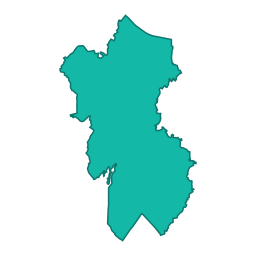 outline of Son Tay, Ha Noi, Vietnam
{"feature_id": "81297802B79469395018575", "entity_name": "Son Tay", "entity_type": "district", "adm_level": 2, "iso_a3": "VNM", "parent_name": "Vietnam", "parent_adm1": "Ha Noi", "projection": "equal_earth", "projection_center": [105.481, 21.097], "detail": "fine", "context": "isolated", "style": "filled", "palette": "teal", "viewbox_px": 256, "rotation_deg": 0, "n_neighbors": 0, "source": "geoboundaries", "source_scale": "gbopen_adm2", "svg_char_len": 5830}
<svg xmlns="http://www.w3.org/2000/svg" viewBox="0 0 256 256"><path d="M122.6,240.6L130.1,229.7L132.5,226.9L140.0,216.1L140.6,215.0L141.8,213.6L143.3,214.9L154.5,227.0L160.3,234.2L160.6,235.3L164.4,234.0L164.7,233.6L164.8,232.9L164.6,231.4L164.6,231.0L164.8,230.6L166.3,231.2L166.7,231.1L167.2,230.2L167.5,228.4L168.3,228.1L168.4,226.4L168.6,225.8L170.9,223.1L173.0,222.4L173.1,221.6L173.0,218.4L176.9,217.9L177.4,217.1L177.3,216.1L179.9,213.1L182.0,211.7L182.4,211.2L182.9,210.1L183.2,208.3L183.7,207.3L184.1,207.0L185.3,207.3L186.4,205.9L186.6,205.2L186.5,204.5L185.5,204.1L185.4,203.2L185.5,202.5L186.6,201.9L186.6,201.6L186.4,200.4L186.5,200.0L187.9,199.6L187.4,198.3L189.1,197.5L189.3,194.0L192.8,191.8L192.9,191.3L192.2,190.7L192.2,190.0L192.5,189.6L193.8,189.4L193.5,188.9L191.9,189.0L191.7,188.9L192.1,186.5L191.7,184.5L192.0,182.1L191.9,181.3L191.7,180.8L190.5,181.3L188.8,179.9L187.8,178.9L188.2,178.1L186.6,176.8L186.6,175.9L188.0,174.1L187.6,173.0L188.6,169.4L189.5,167.6L190.1,167.1L193.6,165.2L193.2,164.2L193.3,163.6L193.6,163.3L194.2,163.2L195.4,163.6L196.0,163.6L195.9,162.2L194.4,162.1L194.3,161.4L193.2,161.6L193.0,160.7L189.3,160.6L189.0,159.6L189.7,159.6L190.3,159.1L190.0,157.8L189.7,155.7L189.8,152.3L189.7,151.7L188.2,151.7L187.5,150.3L186.5,149.5L183.3,147.9L181.2,147.7L180.3,146.8L180.1,146.4L180.1,145.5L180.5,143.1L179.8,141.2L180.0,140.6L181.3,140.6L181.7,140.3L181.7,139.5L181.4,138.9L180.3,139.4L180.0,139.1L178.6,139.0L178.4,138.9L178.2,137.9L177.9,137.5L176.7,138.0L175.6,137.5L174.7,137.8L173.7,137.7L173.2,137.4L173.1,137.0L173.5,135.2L172.7,134.7L172.7,135.2L171.8,134.9L171.5,135.3L171.3,135.9L171.6,136.9L170.6,137.6L170.1,137.6L168.1,136.2L167.4,135.1L166.9,133.6L165.5,132.1L165.5,131.5L166.8,131.2L166.8,130.4L165.3,129.6L163.9,128.0L162.6,127.0L162.1,127.2L162.3,128.9L162.2,129.2L159.3,130.4L158.6,130.7L157.2,130.4L156.2,130.6L156.0,129.4L155.7,129.1L155.5,128.3L156.4,127.9L156.4,126.9L156.2,126.2L155.3,126.1L155.0,125.2L155.6,124.9L156.8,124.9L157.7,123.7L158.1,123.6L158.4,123.8L160.0,121.3L160.4,120.0L160.4,119.3L160.8,118.4L160.8,117.8L160.3,116.6L160.7,113.5L157.2,113.4L156.3,111.6L156.7,110.9L157.4,110.5L157.3,109.4L157.2,109.1L156.5,108.9L156.4,108.7L156.3,108.3L156.5,107.1L155.8,106.4L155.1,104.7L155.6,103.6L156.5,102.8L156.4,102.2L157.3,102.3L157.4,101.0L156.6,99.4L156.8,98.9L157.5,99.2L157.4,98.4L157.8,97.1L159.9,93.7L159.9,91.0L159.2,89.6L160.1,88.1L160.5,87.9L161.9,88.5L162.0,88.8L162.4,88.8L162.7,87.9L164.9,85.6L165.6,86.7L166.1,87.2L166.5,87.3L167.3,87.0L167.4,86.3L168.4,84.7L168.7,81.9L169.5,81.2L168.9,79.6L169.5,78.7L171.6,81.4L172.3,80.8L171.9,80.0L172.9,78.7L173.8,79.8L174.3,79.1L175.2,80.8L176.3,79.5L176.2,78.0L176.6,76.8L178.9,74.2L180.0,73.8L180.1,73.1L181.4,72.9L180.3,70.5L179.3,70.4L178.8,70.1L178.3,69.4L177.1,65.4L175.9,65.3L174.9,64.6L173.4,64.6L173.4,64.0L173.0,63.9L172.9,63.3L172.3,63.4L171.7,60.2L171.4,56.8L172.0,52.7L171.6,52.4L172.9,48.0L172.7,46.4L171.5,46.0L171.4,39.5L152.5,35.8L148.0,34.0L145.6,32.7L136.2,26.0L134.5,24.5L128.4,17.9L125.5,15.4L120.7,21.4L120.2,21.4L120.0,20.4L119.7,20.2L119.3,20.2L118.7,20.6L118.1,23.4L118.0,25.6L118.6,26.0L118.3,28.7L116.6,30.5L117.9,32.2L115.6,33.7L114.8,33.8L113.6,35.5L115.0,37.1L115.2,37.6L114.8,39.1L114.0,40.8L111.0,39.2L108.8,42.3L108.6,43.6L108.3,44.0L107.3,44.6L108.2,46.3L108.4,47.7L107.5,49.0L107.6,53.4L107.2,54.4L106.7,55.0L106.1,55.2L105.4,55.2L105.1,54.8L104.9,54.2L102.7,52.7L101.4,52.2L100.4,52.2L100.1,53.4L103.3,55.8L102.6,56.9L101.2,58.2L100.8,58.4L97.8,57.0L97.8,56.2L98.4,53.9L98.3,53.3L95.9,53.6L94.9,53.4L94.4,51.2L93.9,50.5L89.9,51.4L87.8,51.4L86.9,50.6L84.1,46.7L83.4,46.0L82.6,45.7L78.6,46.0L77.6,46.6L75.6,48.9L73.0,52.7L72.2,53.4L71.6,53.4L70.6,54.1L67.1,57.9L66.7,57.9L65.6,57.2L65.1,57.1L63.6,58.1L65.2,60.1L64.1,61.9L63.8,63.2L63.0,64.6L61.9,65.4L61.2,66.5L61.8,68.1L60.0,68.9L60.1,70.4L60.7,71.8L64.4,72.5L64.5,75.0L65.2,75.6L66.7,75.8L67.0,77.3L67.7,77.4L68.5,77.8L68.8,80.4L70.3,82.6L70.6,83.4L70.5,87.9L71.7,89.6L71.9,90.4L72.9,90.7L77.3,94.5L77.3,95.7L76.7,97.4L77.1,102.1L76.9,104.5L77.0,113.2L70.4,114.9L70.7,116.3L71.5,116.4L71.7,115.6L73.3,115.5L72.8,117.3L73.1,117.6L73.5,117.6L74.4,117.0L75.0,116.9L75.7,117.0L78.4,119.0L80.0,120.8L81.6,121.6L83.1,121.3L84.4,120.6L84.8,120.0L88.8,116.3L90.0,115.7L90.4,116.2L90.1,117.4L89.5,119.0L89.8,120.1L90.7,120.6L90.9,122.8L91.6,125.7L89.9,127.3L93.3,129.6L93.8,130.4L93.6,131.3L92.2,133.9L90.6,135.8L90.1,137.0L89.7,138.8L87.4,142.3L87.8,143.5L88.0,145.3L87.4,147.7L88.3,148.2L87.4,151.7L86.2,152.8L86.3,153.5L89.1,156.5L89.4,159.0L90.2,161.3L89.6,163.3L88.6,163.5L88.7,165.3L87.6,168.3L87.6,169.0L88.8,172.7L91.3,176.0L93.2,177.9L93.6,179.4L94.2,179.4L95.3,179.0L97.3,177.1L98.2,177.5L98.8,177.4L99.0,177.0L99.1,175.9L100.2,174.9L100.7,173.9L101.8,173.6L102.9,172.8L103.2,171.6L104.0,170.7L104.3,170.9L104.3,171.2L103.9,172.1L104.0,172.9L103.6,174.5L103.6,176.0L103.8,176.3L104.2,175.7L104.2,174.1L105.0,173.2L105.4,172.3L105.7,172.0L106.6,172.1L106.6,171.5L106.3,170.7L107.2,168.6L108.4,167.0L109.0,166.8L109.4,167.4L109.3,169.3L110.0,171.5L110.0,172.3L109.2,174.5L108.8,177.2L108.4,177.8L107.4,178.4L107.4,178.8L108.1,179.4L108.1,179.8L108.0,180.5L107.2,182.0L107.1,182.5L107.5,183.7L108.1,184.2L108.5,184.1L109.0,183.7L109.4,182.3L109.9,176.6L110.5,173.9L111.3,172.7L110.6,170.4L110.8,169.2L112.6,167.5L112.9,167.0L112.9,166.0L113.2,165.7L114.9,165.5L115.0,164.1L115.2,163.7L115.8,163.7L116.3,164.1L116.4,164.8L115.8,166.2L114.8,166.9L114.5,167.4L114.9,170.7L114.9,171.4L114.1,172.1L113.1,172.1L112.9,173.4L112.3,174.2L111.8,175.8L111.5,177.8L111.9,183.2L111.7,183.8L108.9,187.2L108.6,188.0L108.6,205.2L108.2,209.0L107.6,223.7L110.5,226.9L111.5,229.8L112.0,230.7L113.8,232.5L115.0,233.2L114.6,234.0L116.1,235.9L119.8,238.9L120.4,239.0L122.6,240.6Z" fill="#14b8a6" stroke="#0f766e" stroke-width="1.5"/></svg>